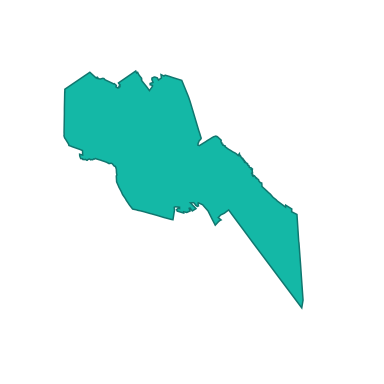 Medņevas pag., Vilakas, Latvia (Robinson projection), rotated 233°
{"feature_id": "27541924B53598667549693", "entity_name": "Medņevas pag.", "entity_type": "district", "adm_level": 2, "iso_a3": "LVA", "parent_name": "Latvia", "parent_adm1": "Vilakas", "projection": "robinson", "projection_center": [27.629, 57.125], "detail": "fine", "context": "isolated", "style": "filled", "palette": "teal", "viewbox_px": 384, "rotation_deg": 233, "n_neighbors": 0, "source": "geoboundaries", "source_scale": "gbopen_adm2", "svg_char_len": 5468}
<svg xmlns="http://www.w3.org/2000/svg" viewBox="0 0 384 384"><g transform="rotate(233 192 192)"><path d="M283.6,124.4L282.3,126.0L282.1,126.6L281.7,126.7L280.9,127.0L280.5,127.2L280.4,127.4L280.4,127.6L280.6,128.0L280.3,129.5L280.2,129.8L279.6,130.2L279.1,130.3L278.8,130.5L278.6,130.5L278.4,131.2L278.2,131.5L277.9,131.7L277.5,132.2L277.6,133.1L277.5,133.4L277.3,133.7L276.9,134.0L276.9,134.3L276.9,135.0L275.9,135.6L272.0,138.5L271.3,138.9L269.3,140.3L266.6,142.0L266.2,142.0L265.9,142.3L265.7,142.4L265.0,142.8L264.9,142.8L264.9,142.7L264.6,142.8L264.0,144.0L263.7,144.7L262.5,145.4L259.9,145.4L258.9,145.8L258.8,146.1L258.1,146.1L257.0,145.7L255.8,145.3L252.7,143.2L250.8,142.3L250.4,141.2L245.9,138.2L245.5,137.9L240.8,136.8L240.2,136.6L235.1,135.8L231.7,135.0L226.6,134.8L224.9,134.5L222.3,134.4L219.4,134.2L214.1,134.3L213.4,134.9L211.3,136.8L210.1,137.6L209.6,138.0L208.0,139.5L205.1,141.8L199.9,145.7L199.1,146.4L194.1,150.2L188.3,154.4L187.2,155.3L185.8,156.4L182.7,158.8L181.3,160.1L187.0,166.0L187.9,167.0L190.5,168.6L190.2,169.9L187.3,172.9L186.5,172.2L186.3,172.1L187.3,171.2L187.2,169.0L186.1,168.9L185.6,168.7L180.2,172.7L181.3,173.4L178.8,175.5L178.0,179.1L180.7,179.9L180.4,180.8L176.7,180.8L176.6,182.0L176.4,183.9L176.3,185.2L179.1,184.9L180.0,184.7L184.3,184.2L182.5,186.9L181.4,187.1L179.1,187.0L178.9,187.2L177.3,187.5L177.0,188.8L178.2,189.4L178.7,189.5L179.6,190.5L175.5,192.8L167.2,193.4L159.2,191.9L151.5,190.6L152.4,195.5L152.4,196.5L152.4,197.4L152.2,198.4L155.8,197.6L156.4,201.0L155.6,205.0L155.6,210.5L150.2,210.4L121.5,210.2L114.1,210.1L33.4,209.9L38.8,215.6L58.4,228.3L69.9,235.8L76.3,239.9L87.0,246.8L88.2,247.4L110.9,262.3L116.3,259.7L118.4,261.5L125.1,258.9L124.5,258.4L123.6,257.6L125.1,257.2L128.5,256.2L133.5,254.7L135.3,254.5L139.0,253.5L143.1,253.3L145.7,252.7L147.0,252.5L151.1,251.8L151.9,251.6L154.3,251.2L156.2,252.5L157.3,253.1L158.3,252.2L158.6,252.1L159.7,252.2L160.0,252.1L160.7,252.0L161.5,252.5L162.8,252.3L163.3,252.0L163.6,251.9L164.1,252.0L164.1,251.9L164.2,251.7L164.3,251.6L164.6,251.5L164.9,251.5L165.2,251.6L165.3,251.7L165.6,251.6L166.3,251.7L166.9,251.6L167.3,251.6L167.9,251.3L168.1,251.1L168.0,250.9L167.6,250.7L167.6,250.3L167.8,250.1L168.1,250.2L168.4,250.4L168.5,250.2L169.1,250.2L169.3,250.4L169.3,250.6L169.3,250.8L169.5,251.0L170.9,250.8L171.1,250.8L171.2,251.0L171.2,251.3L171.2,251.5L170.9,251.9L171.2,252.1L172.3,252.6L172.5,252.8L172.9,253.0L173.2,253.2L173.2,253.3L173.3,253.4L173.8,253.1L174.2,253.0L174.1,253.5L174.1,253.8L174.3,253.7L174.5,253.8L174.6,254.0L175.0,253.9L175.3,253.8L175.6,253.7L176.1,253.6L176.2,253.4L176.4,253.1L177.0,252.7L177.3,252.6L177.5,252.7L177.8,252.9L178.1,253.1L178.5,253.2L178.9,253.3L179.1,253.2L179.5,252.8L179.7,252.7L179.9,252.8L180.1,253.0L180.7,252.9L181.1,253.0L181.3,253.1L181.3,253.3L181.8,253.2L182.1,253.1L182.3,253.0L182.2,252.8L182.4,252.7L182.6,252.7L182.9,252.7L183.1,252.6L183.4,252.6L183.9,252.8L184.1,252.6L184.4,252.3L184.2,252.3L184.1,252.2L184.1,251.9L184.3,251.9L184.7,252.0L184.8,252.1L185.0,252.3L185.0,252.5L185.3,252.6L185.5,252.8L185.9,252.6L186.4,252.7L186.5,252.6L186.5,252.4L186.7,252.2L187.0,252.2L187.2,252.3L187.3,252.3L187.2,252.4L187.2,252.5L187.4,252.7L187.5,252.7L188.4,252.7L188.6,252.6L188.5,252.4L188.6,252.2L188.8,252.2L189.3,252.1L189.5,252.2L189.5,252.4L189.8,252.4L190.0,252.4L190.2,252.2L190.9,252.2L191.0,252.2L191.4,252.0L191.5,252.0L191.4,252.2L191.4,252.4L191.5,252.5L192.2,252.4L192.6,252.3L192.8,252.4L192.9,252.5L193.6,252.6L193.8,252.7L194.1,252.9L194.0,252.4L193.3,250.8L195.7,250.4L197.2,249.9L199.6,248.7L201.9,247.9L204.2,246.9L208.3,245.7L208.9,246.2L210.9,244.8L211.5,245.4L212.8,244.8L213.5,245.5L214.7,245.3L215.8,246.5L220.7,245.6L221.5,245.3L221.6,244.9L222.3,244.7L223.1,242.5L223.3,241.1L223.6,237.6L223.9,235.0L223.9,233.5L224.3,229.5L224.6,225.8L225.9,224.9L226.6,225.6L227.1,226.1L228.3,228.1L228.6,228.7L228.7,229.4L228.8,230.5L229.5,231.8L229.8,231.8L233.8,233.3L237.1,234.4L253.5,240.5L265.9,245.1L266.0,245.1L269.9,246.4L272.1,247.0L287.3,251.0L295.4,245.2L298.2,243.3L298.7,242.9L301.4,240.9L301.5,240.4L301.5,239.4L304.4,237.9L301.5,236.2L301.6,232.6L304.0,233.0L306.1,231.6L306.6,231.0L307.1,228.6L305.9,227.6L305.5,227.5L303.0,226.9L302.9,226.8L303.1,226.3L303.9,223.9L302.8,223.1L300.9,224.6L300.3,224.1L299.8,222.8L299.6,222.5L299.3,221.3L298.7,219.3L298.6,219.0L302.4,219.1L303.8,219.1L306.7,219.0L310.3,218.9L311.4,218.9L311.8,219.4L312.4,219.4L313.1,220.2L315.5,220.1L317.6,220.1L319.0,220.3L320.3,220.6L320.4,219.4L322.5,219.9L323.4,198.9L323.0,198.8L322.9,199.0L322.4,198.8L321.7,198.9L321.1,199.1L320.8,199.0L320.7,198.7L320.3,198.4L320.0,198.2L320.4,198.1L320.5,197.9L320.4,197.7L320.2,197.6L320.3,197.3L319.7,196.9L319.8,196.7L319.7,196.6L319.5,196.4L319.8,196.2L319.9,195.8L319.8,195.7L319.6,195.6L319.6,195.4L321.1,194.8L321.8,194.5L322.5,195.6L323.3,195.6L325.3,195.1L325.3,194.6L327.1,193.7L333.9,190.1L335.4,190.0L335.7,189.9L336.5,189.1L337.5,186.6L339.4,185.0L340.0,185.6L340.8,185.4L340.8,185.2L340.6,184.1L349.1,182.5L349.4,176.9L350.6,152.3L348.2,150.5L348.3,150.4L347.4,149.7L335.7,140.5L331.2,137.1L316.6,125.7L315.0,124.6L314.1,123.7L313.0,123.2L311.9,122.9L311.3,122.8L310.3,122.8L304.9,122.3L303.9,122.0L303.2,121.7L301.3,123.0L300.5,123.4L297.5,125.4L296.6,126.0L293.6,128.0L291.0,129.5L287.3,126.9L289.8,125.0L288.5,124.1L286.3,123.4L285.5,123.3L284.5,124.6L284.1,124.6L284.1,124.4L283.6,124.4Z" fill="#14b8a6" stroke="#0f766e" stroke-width="1.5"/></g></svg>